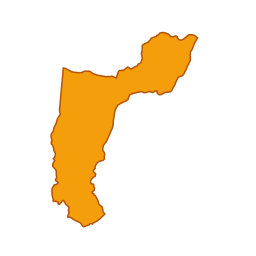 the district of Gadette, Dennery, Saint Lucia, rotated 343°
{"feature_id": "8701671B91623550198243", "entity_name": "Gadette", "entity_type": "district", "adm_level": 2, "iso_a3": "LCA", "parent_name": "Saint Lucia", "parent_adm1": "Dennery", "projection": "albers", "projection_center": [-60.911, 13.957], "detail": "fine", "context": "isolated", "style": "filled", "palette": "amber", "viewbox_px": 256, "rotation_deg": 343, "n_neighbors": 0, "source": "geoboundaries", "source_scale": "gbopen_adm2", "svg_char_len": 5596}
<svg xmlns="http://www.w3.org/2000/svg" viewBox="0 0 256 256"><g transform="rotate(343 128 128)"><path d="M40.0,161.6L39.1,162.3L38.2,163.1L37.4,164.6L36.7,166.4L36.3,168.2L35.9,169.4L35.7,171.1L35.6,172.2L35.7,173.7L35.7,174.8L35.2,175.4L35.1,176.0L35.3,176.4L35.8,176.8L36.7,176.6L37.0,176.6L37.3,176.7L39.5,178.6L39.6,179.0L39.1,179.9L39.0,180.0L39.2,180.3L39.3,180.5L39.6,180.6L40.2,180.8L40.3,180.7L41.2,180.4L41.9,180.0L42.1,179.9L42.4,179.7L42.8,179.3L43.2,179.1L43.6,178.8L44.0,178.6L44.7,178.4L45.1,178.4L45.4,178.7L45.5,178.8L45.5,179.2L45.7,180.8L45.8,181.1L45.9,181.4L46.1,182.0L46.1,182.7L46.3,183.1L47.1,184.3L47.6,185.1L47.8,185.4L48.0,185.7L48.2,186.0L48.2,186.3L48.3,186.8L48.2,187.1L47.8,187.8L47.6,187.9L47.4,188.2L47.3,188.5L47.0,189.1L46.9,189.4L46.8,189.7L46.9,189.9L47.0,190.4L47.0,190.8L47.0,191.1L46.6,192.2L46.5,192.5L46.0,193.0L45.7,193.4L45.2,193.8L44.8,194.6L44.6,194.9L44.4,195.6L44.7,195.6L45.2,195.8L45.5,195.9L46.0,196.1L46.3,196.2L46.5,196.4L46.9,196.8L47.9,197.8L48.2,198.2L48.4,198.6L48.7,199.1L49.1,199.5L50.0,200.4L50.4,200.8L50.8,201.1L51.6,201.9L52.9,203.0L53.4,203.5L54.2,204.3L54.3,204.4L54.6,204.6L54.8,204.9L55.1,205.3L55.3,206.0L55.5,207.0L55.7,208.1L55.9,208.6L56.0,208.8L56.3,209.1L56.5,209.3L56.9,209.4L57.4,209.5L58.0,209.5L58.8,209.5L59.2,209.4L61.3,209.3L62.2,209.3L62.4,209.2L62.9,208.8L63.2,208.7L63.7,208.5L64.2,208.6L64.5,208.6L64.9,208.8L65.2,209.0L65.8,209.4L66.0,209.5L66.1,209.3L66.4,209.0L66.9,208.8L67.3,208.6L67.7,208.5L68.3,208.4L69.8,208.2L71.4,207.8L73.1,207.2L74.0,206.9L75.3,206.3L76.8,205.5L78.3,204.8L78.9,204.5L80.7,203.5L80.6,203.3L80.5,203.1L80.3,202.3L79.7,201.2L79.7,200.8L79.7,200.4L79.7,200.0L79.9,199.5L80.0,198.6L80.1,197.9L80.2,197.2L80.1,196.5L80.0,195.6L79.9,195.4L79.2,194.3L78.4,193.4L78.2,193.1L78.0,192.7L77.9,192.4L77.9,191.0L78.0,190.2L77.9,189.7L78.0,188.9L77.9,187.9L77.8,187.1L77.6,186.4L77.5,185.5L77.1,183.9L76.9,182.9L76.8,182.7L76.1,182.2L75.9,181.9L75.8,181.7L76.0,181.1L76.0,180.7L75.6,180.4L75.2,180.2L74.9,179.7L74.8,179.2L74.9,178.9L75.0,178.6L75.3,178.3L75.5,178.2L76.4,178.1L76.7,178.1L76.9,178.0L77.3,177.7L77.5,177.5L78.3,176.1L78.5,175.7L78.2,174.2L78.2,173.7L78.5,172.8L78.5,171.8L78.3,171.5L78.1,171.3L77.2,170.9L76.4,170.1L76.3,169.1L76.8,167.3L77.5,166.9L78.1,166.3L78.6,166.0L79.7,165.4L81.2,164.8L82.6,164.4L83.0,163.7L83.6,162.7L83.2,161.4L82.9,160.9L82.5,160.2L82.2,159.1L82.6,158.4L83.0,158.1L83.7,157.6L84.6,157.2L84.8,157.0L85.0,155.9L85.1,155.7L86.1,154.3L88.3,152.3L90.7,151.5L91.3,151.6L94.7,151.6L95.8,151.0L96.5,150.6L96.6,149.4L97.1,148.1L97.6,147.2L98.1,146.1L98.1,144.3L97.6,143.2L97.3,142.1L97.4,141.4L98.1,139.8L98.6,138.8L99.0,138.2L99.6,137.4L99.9,137.1L100.7,136.5L102.3,135.3L102.7,135.2L104.4,133.4L109.9,127.1L111.1,125.7L113.7,122.7L114.9,120.0L116.3,116.3L116.8,115.3L120.8,107.2L124.9,103.2L128.4,102.3L131.5,101.8L133.4,101.7L136.3,100.7L138.7,97.4L139.4,96.8L142.0,96.5L146.1,96.6L150.8,97.0L152.4,97.8L153.5,98.8L155.3,99.4L157.3,99.3L158.8,99.4L159.5,99.6L161.5,101.1L162.5,101.3L164.9,100.5L166.1,100.9L166.2,101.6L166.3,101.5L166.3,102.4L166.2,103.2L166.9,104.6L167.9,105.5L170.2,105.7L171.7,105.3L172.6,105.0L174.3,104.8L178.9,105.8L179.1,105.7L180.6,105.0L183.7,101.9L185.5,100.3L186.7,98.7L187.5,97.7L189.4,95.7L190.4,94.6L192.6,93.9L195.2,93.9L197.5,92.5L197.6,92.3L198.7,91.0L199.5,90.2L201.2,88.4L202.6,86.7L202.9,86.2L205.1,84.0L205.7,83.3L207.4,81.6L207.8,80.3L208.1,79.2L208.4,78.4L208.7,76.6L210.0,73.5L210.7,73.0L211.8,71.9L212.5,71.4L212.7,71.1L214.8,68.4L215.8,67.2L216.1,66.6L217.0,65.9L217.8,65.1L219.8,63.0L220.6,62.3L220.9,62.1L220.0,61.0L219.6,60.1L218.2,58.5L216.1,57.4L213.7,56.6L212.2,57.0L210.8,57.7L209.1,58.4L207.2,59.2L205.0,59.6L203.9,59.4L202.4,58.1L201.7,56.7L201.8,55.0L201.2,54.4L200.7,53.9L199.9,53.7L197.4,54.0L195.5,52.9L195.2,52.1L194.1,50.1L192.9,49.1L191.8,48.2L190.2,47.3L189.5,46.9L186.5,46.5L184.6,47.5L183.7,47.8L182.5,48.0L181.8,48.7L176.7,48.8L175.3,50.0L173.0,51.5L172.1,51.9L170.6,52.1L169.3,52.2L168.7,52.3L166.4,52.8L165.7,53.4L165.5,53.7L165.0,55.8L164.6,56.8L164.1,58.3L163.5,59.1L162.6,60.5L162.1,65.5L161.6,66.1L160.8,67.4L159.8,68.7L159.1,69.5L157.5,69.8L156.6,69.8L155.6,70.7L155.0,71.3L154.1,71.6L153.4,71.4L152.7,71.5L152.2,71.5L151.6,71.6L150.2,72.1L148.8,72.6L148.0,72.2L147.3,71.9L147.1,71.7L146.6,70.5L145.5,69.7L143.5,70.2L141.3,71.3L139.5,71.2L136.7,70.6L136.1,71.0L135.3,71.5L134.7,72.0L134.2,73.2L132.8,74.6L132.4,75.5L132.2,75.7L131.7,76.5L130.4,75.9L130.0,75.7L128.9,74.6L128.6,74.3L127.7,73.8L127.0,73.7L126.6,73.6L125.7,73.6L124.3,73.0L121.7,72.4L116.3,69.6L113.3,68.0L111.8,66.8L110.3,65.6L108.7,63.5L107.9,62.5L102.9,60.9L99.8,61.5L96.0,60.3L94.8,59.8L91.6,58.4L89.5,56.6L87.6,54.9L85.9,52.9L84.0,51.8L83.7,51.7L83.1,53.1L79.3,62.5L77.4,67.1L75.5,71.8L67.7,90.9L67.5,91.5L67.4,93.8L67.4,94.5L66.9,95.6L65.8,96.3L64.5,97.4L63.3,98.5L62.6,99.4L61.4,101.4L60.1,103.2L59.2,104.2L57.9,105.3L57.2,106.2L55.5,109.4L54.0,110.4L52.8,111.6L52.3,112.4L51.9,113.9L51.8,114.9L51.8,116.2L51.7,116.5L51.6,117.4L51.3,118.6L50.5,119.0L50.3,119.7L50.1,120.5L50.2,121.2L50.7,122.3L50.9,123.3L51.0,125.0L50.6,127.6L50.5,128.1L50.9,129.0L50.9,129.7L51.1,130.6L50.9,131.5L50.7,132.6L50.4,133.1L49.5,134.3L49.5,134.5L48.8,134.8L47.6,135.4L47.9,136.2L48.5,137.6L46.3,139.7L45.4,140.6L44.9,141.6L45.0,143.3L46.6,146.2L46.8,148.1L46.6,148.8L46.0,150.8L45.8,151.5L45.3,154.1L45.3,154.6L45.1,154.8L44.9,155.2L43.7,155.8L43.5,156.8L43.5,157.1L43.9,157.8L44.8,158.5L44.9,158.9L45.0,160.3L44.3,160.6L43.5,160.9L41.4,160.9L41.5,161.0L41.3,161.0L40.0,161.6Z" fill="#f59e0b" stroke="#b45309" stroke-width="1.5"/></g></svg>